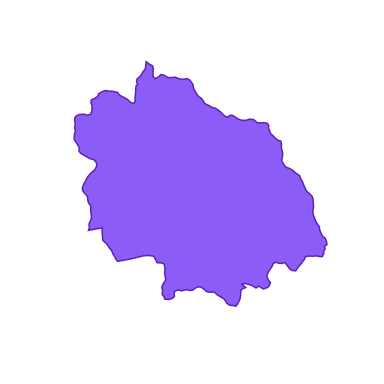 Descalvado, São Paulo, Brazil, rotated 137°
{"feature_id": "56859067B20222992390792", "entity_name": "Descalvado", "entity_type": "district", "adm_level": 2, "iso_a3": "BRA", "parent_name": "Brazil", "parent_adm1": "São Paulo", "projection": "mercator", "projection_center": [-47.656, -21.88], "detail": "fine", "context": "isolated", "style": "filled", "palette": "violet", "viewbox_px": 384, "rotation_deg": 137, "n_neighbors": 0, "source": "geoboundaries", "source_scale": "gbopen_adm2", "svg_char_len": 3505}
<svg xmlns="http://www.w3.org/2000/svg" viewBox="0 0 384 384"><g transform="rotate(137 192 192)"><path d="M210.3,319.3L213.2,318.1L216.2,319.6L217.9,322.5L221.2,325.3L224.4,326.6L227.3,326.2L229.4,324.1L230.5,321.9L232.2,320.3L234.2,319.0L235.4,316.4L238.4,314.5L240.4,312.8L242.5,310.5L243.3,305.2L244.2,301.4L246.8,298.9L247.0,296.0L245.7,291.9L244.2,286.5L241.6,282.3L242.2,277.7L244.5,275.8L247.5,274.8L249.7,274.6L254.1,274.8L258.5,274.1L262.3,272.7L264.4,272.0L266.7,271.2L269.1,270.0L270.9,267.9L271.4,265.2L271.3,261.8L272.0,259.3L273.6,257.4L275.1,254.5L275.6,250.9L279.6,246.4L282.1,242.8L284.5,240.7L287.8,239.6L289.7,238.3L291.3,236.0L293.9,234.6L282.0,226.9L283.7,225.5L288.4,219.9L290.2,217.3L290.0,214.6L289.8,211.3L290.7,207.3L290.7,204.0L292.1,200.7L292.8,197.0L293.5,194.8L293.7,192.0L283.5,185.5L280.3,183.6L276.3,181.4L270.9,178.3L267.5,175.6L263.9,171.4L264.6,168.0L265.8,164.1L262.5,160.8L261.5,158.2L262.8,156.1L265.4,153.0L267.9,150.8L269.1,148.6L271.2,145.6L274.5,144.9L277.3,144.0L279.3,142.6L280.4,140.4L282.2,138.7L283.8,137.3L283.7,134.9L285.0,132.3L282.2,129.1L278.5,127.5L275.9,127.7L274.6,129.6L272.5,131.1L269.4,130.2L266.8,126.7L263.7,125.1L262.1,123.8L260.8,121.5L258.4,119.7L254.2,119.2L251.9,118.2L250.2,116.2L249.4,111.7L249.3,109.1L246.7,105.9L244.0,103.6L243.6,99.2L242.4,95.3L241.6,92.1L241.7,89.8L242.5,86.7L241.6,83.4L239.2,80.8L237.8,78.5L235.1,79.0L232.1,80.0L229.8,81.1L228.1,82.3L226.4,83.8L223.4,86.7L220.6,86.6L217.9,85.5L218.3,90.4L215.9,89.3L214.1,86.7L212.0,83.1L210.7,78.2L207.2,77.5L206.0,72.4L201.9,70.7L199.7,70.7L196.5,72.0L196.3,74.8L194.9,79.4L190.7,81.5L184.5,82.9L181.1,84.3L178.5,83.3L177.2,80.9L174.9,78.3L172.1,77.1L172.7,71.6L173.1,68.7L171.9,65.8L169.9,63.6L166.0,64.6L161.2,65.1L159.2,65.6L156.5,65.8L153.0,67.3L150.0,65.3L147.8,62.9L145.3,61.0L143.5,59.1L142.4,57.3L140.7,56.0L138.2,56.7L136.1,58.8L133.4,59.6L131.9,62.1L129.3,61.4L127.2,64.3L126.1,67.3L126.7,70.2L125.9,73.5L124.4,77.2L122.5,80.0L122.2,82.6L121.2,86.7L120.1,89.3L119.3,91.5L118.1,93.9L116.3,96.1L114.1,97.4L112.3,99.3L110.7,101.5L108.9,103.3L107.2,106.3L107.1,108.8L107.3,111.3L107.5,114.5L106.7,117.7L105.4,121.2L104.0,124.8L103.2,128.4L102.1,130.5L102.7,132.9L103.3,135.7L103.5,139.4L104.9,143.4L106.2,145.5L106.3,148.2L105.6,151.4L105.0,153.9L101.3,156.6L99.4,158.2L97.9,160.9L96.4,163.5L94.0,165.9L92.3,168.7L93.9,171.4L94.4,175.0L94.4,178.4L94.8,180.7L93.5,183.8L92.5,186.5L90.4,188.5L90.1,191.0L92.1,193.6L94.7,195.7L97.1,198.3L97.5,202.9L100.2,206.0L103.9,207.8L105.7,209.6L107.3,211.3L108.7,214.7L109.6,218.8L110.5,220.9L112.0,222.3L114.5,222.2L116.2,224.9L116.5,227.8L116.5,230.9L117.1,234.6L117.8,237.4L119.7,240.5L120.6,243.5L121.5,245.8L122.4,248.1L121.7,250.3L121.2,253.5L122.0,257.1L121.8,259.8L121.3,262.6L120.7,264.7L119.9,267.0L118.1,269.7L117.5,272.7L117.3,275.5L118.2,278.2L121.0,280.1L122.7,281.6L124.4,284.1L125.8,287.2L129.0,289.7L131.5,292.1L132.8,296.4L134.6,299.1L136.7,299.0L139.3,299.3L141.8,300.3L141.7,302.9L138.5,306.6L136.1,308.6L134.8,311.1L135.9,314.4L136.6,318.6L139.6,316.1L142.0,314.0L146.0,313.3L149.0,312.3L152.3,311.9L155.0,312.2L157.5,310.3L158.1,307.9L160.4,307.8L162.6,306.1L165.4,303.2L167.5,301.4L169.7,299.5L171.9,296.9L174.3,296.6L175.7,298.9L176.0,303.4L177.0,306.8L178.0,309.4L178.9,312.2L178.6,315.6L179.8,317.6L182.0,320.5L184.3,322.7L185.6,324.8L187.5,326.0L190.3,326.9L193.3,327.5L195.9,326.2L199.7,326.9L202.7,328.0L205.0,326.3L206.3,323.0L210.3,319.3Z" fill="#8b5cf6" stroke="#5b21b6" stroke-width="1.5"/></g></svg>